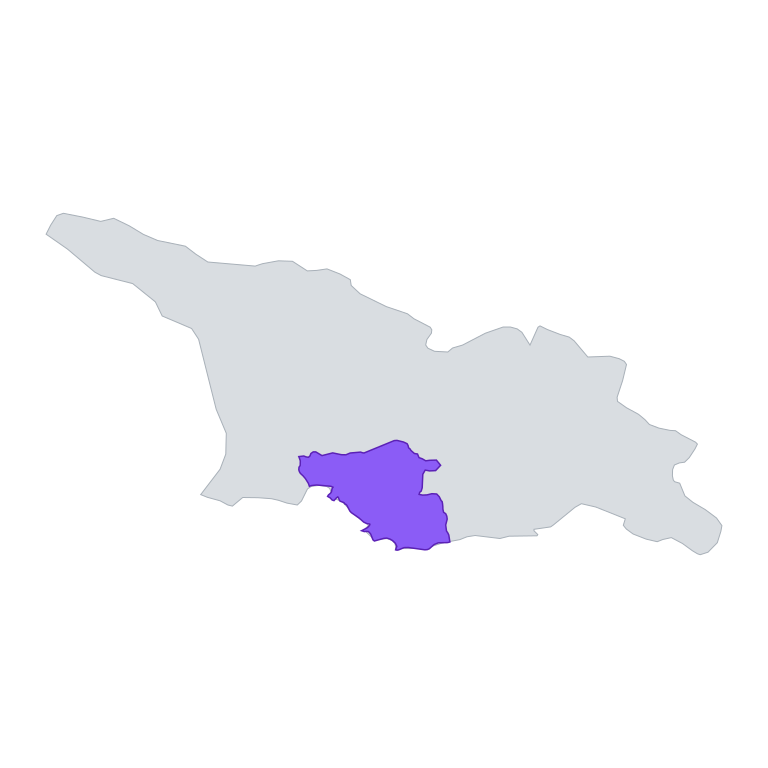 Samtskhe-Javakheti on a map of Georgia (Mercator projection)
{"feature_id": "GEO-3038", "entity_name": "Samtskhe-Javakheti", "entity_type": "Region", "adm_level": 1, "iso_a3": "GEO", "parent_name": "Georgia", "parent_adm1": "", "projection": "mercator", "projection_center": [43.25, 41.511], "detail": "fine", "context": "in_parent", "style": "filled", "palette": "violet", "viewbox_px": 768, "rotation_deg": 0, "n_neighbors": 0, "source": "natural_earth", "source_scale": "10m", "svg_char_len": 3739}
<svg xmlns="http://www.w3.org/2000/svg" viewBox="0 0 768 768"><path d="M395.5,549.7L395.7,547.2L394.9,543.3L391.8,540.4L387.4,538.6L379.3,539.3L371.9,537.4L366.6,532.4L365.4,528.6L368.4,525.5L366.2,522.9L356.9,516.8L341.7,501.4L333.1,498.0L329.7,488.3L326.3,486.3L319.1,485.4L311.5,486.3L309.8,487.4L307.5,488.9L301.5,501.0L297.3,505.0L287.0,503.1L278.5,500.3L271.5,498.7L258.0,497.7L242.7,497.5L232.4,506.1L227.9,505.0L220.1,500.8L207.4,497.3L200.7,494.6L220.1,469.2L225.8,454.1L226.0,444.9L226.3,433.3L216.2,409.3L207.6,375.1L198.6,339.2L191.6,328.5L162.2,316.0L155.4,301.9L132.7,283.6L101.2,275.6L94.9,272.2L67.5,249.1L46.1,234.2L50.7,225.1L56.8,215.6L63.4,213.3L82.8,217.1L100.7,221.4L113.7,218.3L129.2,225.8L143.4,234.4L157.6,240.5L185.4,246.2L195.7,254.1L207.8,262.0L255.2,266.1L259.0,264.8L262.5,263.7L278.4,260.8L292.5,261.3L307.3,270.9L316.8,270.4L327.0,268.9L340.0,274.0L350.3,279.7L351.2,285.5L360.1,293.8L386.3,306.6L407.5,313.8L414.0,318.8L430.2,327.2L431.8,329.8L431.4,333.2L426.9,339.5L425.7,345.0L427.9,348.2L434.5,351.3L447.8,352.0L452.6,348.0L462.5,345.1L472.3,340.0L485.4,333.2L503.2,327.0L510.3,327.0L517.2,328.9L521.9,332.3L530.0,345.1L538.0,327.2L540.0,325.9L547.3,329.5L560.3,334.5L569.2,337.1L574.1,340.8L587.8,357.0L609.9,356.2L619.2,358.7L624.3,361.3L626.5,364.5L622.6,380.6L617.1,397.3L617.5,401.4L626.4,407.7L638.5,414.3L645.0,419.7L649.4,424.5L658.9,428.1L670.1,430.4L675.5,430.7L681.1,434.7L695.6,442.2L697.4,444.1L695.0,448.9L689.2,457.7L684.6,462.2L679.4,462.9L674.4,465.0L672.6,469.6L672.4,475.7L673.3,480.1L674.6,481.7L679.7,483.2L684.9,495.9L692.9,502.3L705.4,509.7L716.5,518.0L721.9,525.6L720.9,531.2L717.3,542.7L708.0,552.2L700.2,554.7L697.5,553.8L692.5,550.8L682.3,543.4L671.3,537.6L662.8,539.5L657.2,541.7L646.1,539.1L633.1,534.0L626.3,529.0L623.3,525.3L625.3,518.8L595.7,507.0L581.4,503.7L575.0,507.3L553.2,525.1L550.6,526.9L534.0,529.3L534.0,530.8L537.8,534.6L537.0,535.8L509.1,536.2L499.9,538.5L475.1,535.5L466.9,536.8L459.9,539.6L442.9,542.8L431.2,546.5L416.3,548.5L400.8,548.6L395.5,549.7Z" fill="#d9dde1" stroke="#a8b0b8" stroke-width="1"/><path d="M334.0,500.6L332.1,500.0L330.2,497.9L327.6,496.4L328.4,495.0L330.4,493.3L331.2,492.3L331.6,491.1L331.8,489.8L332.2,488.4L333.0,487.2L331.0,486.3L316.9,485.0L311.8,485.5L309.8,486.1L309.4,486.3L308.4,483.4L305.4,478.6L303.1,475.9L300.4,473.4L299.4,471.7L298.8,469.8L299.0,467.2L300.2,465.5L300.3,460.8L299.3,457.9L298.8,456.6L303.8,456.0L306.1,456.9L308.4,457.3L310.0,455.9L310.9,453.5L313.2,451.9L315.8,451.9L322.0,455.6L332.7,452.9L341.4,454.7L345.9,454.8L350.2,453.0L360.6,452.1L362.3,452.7L364.0,453.0L394.2,440.6L397.0,440.4L403.5,442.0L407.1,443.7L408.1,445.6L408.6,447.8L410.0,448.9L411.0,450.5L414.4,453.5L417.5,454.0L419.0,457.6L422.3,458.8L425.7,460.8L429.6,460.3L436.4,460.1L440.6,465.3L435.6,470.6L429.6,470.9L425.2,470.1L422.8,474.3L422.2,487.8L421.2,491.1L419.7,492.3L419.1,494.4L422.6,495.1L427.0,494.9L431.9,493.7L436.7,494.0L439.3,496.8L441.2,500.7L442.1,501.5L442.5,503.4L442.8,506.3L442.9,509.2L443.6,512.3L445.7,513.7L446.8,516.2L447.2,519.1L445.7,525.0L446.5,531.0L447.8,532.9L448.8,535.0L449.9,542.0L447.6,542.6L438.3,542.8L434.0,544.6L429.3,548.8L427.3,549.6L424.8,549.8L408.3,547.5L404.1,547.6L398.6,549.9L397.6,550.1L396.6,550.1L395.6,549.8L396.8,546.3L395.3,543.2L392.6,540.6L389.8,539.0L386.7,538.1L383.7,538.4L374.4,541.0L373.0,539.9L370.6,533.9L368.5,531.6L366.5,531.4L364.3,531.6L361.6,530.7L367.0,527.9L368.5,526.6L369.9,524.7L369.7,524.0L366.8,523.6L363.7,522.1L358.8,517.8L351.4,512.7L349.9,511.1L346.9,505.4L346.1,504.5L345.2,504.2L344.7,503.6L344.3,503.0L343.7,502.5L340.7,501.4L339.9,501.0L339.1,499.5L338.5,497.8L337.8,496.9L336.5,497.8L334.0,500.6Z" fill="#8b5cf6" stroke="#5b21b6" stroke-width="1.5"/></svg>